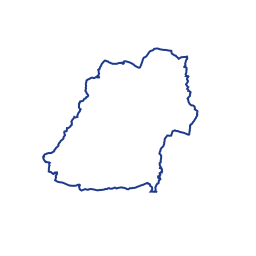 Moldovita, Suceava, Romania (Equal Earth projection), rotated 324°
{"feature_id": "2599482B16350059024550", "entity_name": "Moldovita", "entity_type": "district", "adm_level": 2, "iso_a3": "ROU", "parent_name": "Romania", "parent_adm1": "Suceava", "projection": "equal_earth", "projection_center": [25.472, 47.724], "detail": "fine", "context": "isolated", "style": "outline", "palette": "blue", "viewbox_px": 256, "rotation_deg": 324, "n_neighbors": 0, "source": "geoboundaries", "source_scale": "gbopen_adm2", "svg_char_len": 5791}
<svg xmlns="http://www.w3.org/2000/svg" viewBox="0 0 256 256"><g transform="rotate(324 128 128)"><path d="M113.3,196.2L113.5,196.1L113.2,195.2L113.4,194.8L113.9,194.4L115.3,192.1L115.6,191.8L116.3,191.6L117.9,190.6L119.2,190.3L119.9,190.6L120.4,190.5L121.3,189.6L121.7,189.0L122.2,188.6L124.0,188.4L123.8,187.8L124.2,187.9L124.3,187.2L124.2,186.9L124.8,186.5L124.7,186.2L123.8,186.2L123.3,185.8L123.6,185.2L124.1,184.8L125.0,185.1L125.9,185.1L126.3,184.8L126.6,184.9L126.9,184.7L127.1,184.2L126.7,183.9L127.0,183.1L128.3,183.3L128.8,183.1L129.3,183.7L129.6,183.3L130.2,183.1L130.7,181.8L131.2,181.4L131.0,180.8L131.3,180.3L130.8,179.6L130.3,179.2L130.5,179.0L131.6,178.8L131.7,177.1L132.2,176.3L132.4,175.7L132.6,175.3L133.0,175.0L134.1,175.1L134.5,174.9L134.6,174.7L134.8,174.1L137.5,171.4L137.8,170.8L138.5,170.1L138.7,168.8L138.3,167.3L138.6,167.0L139.6,166.1L140.9,165.5L141.1,165.1L141.7,164.5L143.6,163.7L144.2,163.8L146.3,163.3L147.1,162.6L147.6,162.4L148.0,162.1L148.7,160.9L149.5,160.5L151.5,158.3L155.4,157.2L157.3,158.9L158.3,159.3L158.5,159.5L162.1,156.9L164.6,157.5L165.0,158.4L166.8,160.2L167.6,161.7L168.2,162.3L168.7,163.0L169.5,163.7L170.6,165.1L172.7,168.6L173.3,169.2L173.8,169.1L175.3,167.4L176.6,166.4L176.9,165.6L177.9,164.9L178.4,164.1L178.8,163.8L179.1,163.1L179.6,162.9L179.7,162.4L180.3,162.2L180.8,162.2L181.0,162.0L181.8,162.2L182.7,162.1L183.8,161.5L185.8,161.1L187.2,160.3L188.7,159.9L189.4,159.3L190.9,158.8L191.8,158.2L191.8,157.5L192.1,157.2L192.4,156.8L193.5,155.9L194.1,155.2L193.5,153.4L193.0,152.1L193.8,151.4L194.0,150.6L194.3,150.3L194.4,149.6L194.1,148.7L193.8,147.9L192.6,146.9L192.0,144.6L192.1,144.3L192.4,142.3L193.5,140.1L193.4,139.9L193.6,139.7L193.5,139.2L194.3,138.9L196.8,138.5L198.0,137.2L198.5,136.9L198.7,136.3L199.4,136.1L199.7,135.7L199.1,133.7L198.8,133.5L199.0,133.4L199.1,132.6L198.9,131.4L199.0,131.3L198.9,131.1L200.7,130.4L200.5,130.1L200.5,128.9L200.6,126.8L203.6,125.8L203.8,125.3L204.2,125.1L204.3,124.0L204.2,123.5L204.9,122.6L207.1,121.9L207.1,121.3L206.1,121.1L206.0,120.7L205.8,120.5L206.1,120.5L206.0,119.7L206.1,118.5L207.8,117.4L209.3,115.5L210.0,115.0L210.2,114.3L210.7,113.7L210.7,113.2L210.3,112.8L210.2,112.4L209.7,112.1L209.4,111.6L210.1,111.3L211.3,111.1L211.5,110.9L211.9,109.7L213.6,108.4L214.3,107.7L215.7,106.9L216.1,107.0L216.5,106.8L216.7,106.6L216.6,106.4L216.7,106.1L217.6,105.4L217.7,104.9L216.9,104.7L213.3,102.4L212.3,102.0L209.7,101.8L209.6,99.9L209.1,98.9L209.2,97.7L208.2,96.3L207.9,95.2L207.6,94.8L207.3,93.9L207.3,93.1L208.4,91.0L206.9,89.7L204.3,86.9L202.9,85.9L200.4,83.4L199.5,82.3L199.0,81.4L198.0,80.6L195.8,79.4L195.3,79.4L194.2,79.8L191.2,78.9L190.0,79.0L185.3,80.7L184.1,80.8L182.0,80.4L180.6,81.1L178.3,82.9L173.8,85.8L172.9,86.0L172.5,85.8L172.1,85.5L170.9,83.3L170.2,81.7L169.7,79.6L168.9,77.8L167.8,75.8L165.3,72.6L164.4,72.0L163.8,71.8L162.6,72.2L162.8,73.0L162.7,73.2L162.2,73.3L161.7,73.2L161.7,72.2L161.4,71.6L160.7,71.6L160.5,71.4L160.4,71.0L158.9,70.1L156.7,69.5L153.3,67.0L151.5,64.2L151.0,63.2L150.9,62.4L150.0,61.5L149.6,60.5L148.7,59.8L144.6,60.7L142.5,61.9L141.2,62.4L139.6,63.6L138.6,63.3L138.1,63.4L137.9,64.4L136.7,66.3L136.5,67.1L135.4,67.8L134.0,67.9L133.6,68.1L134.3,69.0L134.5,69.9L134.4,70.0L134.0,69.6L133.4,69.5L132.8,68.9L132.7,68.1L130.9,67.9L129.9,67.7L129.5,67.4L129.1,66.6L127.6,65.7L125.6,65.6L124.4,65.2L123.6,65.3L122.6,65.1L122.1,65.4L121.0,66.7L120.2,67.0L119.3,68.3L118.8,69.5L117.4,70.6L117.3,71.4L115.4,72.8L115.6,73.2L115.3,74.4L115.2,75.2L114.9,75.6L115.1,77.8L114.8,78.5L113.6,78.9L112.5,78.5L111.2,79.2L109.7,78.7L107.8,79.6L106.2,79.1L105.1,78.4L104.7,78.4L104.3,78.9L102.9,79.3L102.9,79.8L102.1,80.2L102.0,80.5L100.3,82.6L100.4,83.7L100.4,84.5L100.6,85.0L99.3,85.5L99.2,85.9L98.0,86.4L97.2,86.5L95.3,87.5L94.4,88.1L93.7,89.3L91.7,88.6L91.1,88.0L91.0,87.5L89.6,88.3L88.0,88.6L85.9,89.6L85.9,90.4L85.4,90.8L85.2,91.3L84.9,91.6L84.7,92.1L84.4,92.4L83.0,92.4L82.7,92.8L81.4,93.0L79.5,92.9L78.6,92.2L76.8,94.2L76.4,94.5L75.9,94.3L75.5,93.9L74.7,93.5L74.4,93.5L73.5,94.5L72.9,96.7L72.5,97.0L71.1,97.2L70.4,97.6L69.9,98.4L68.7,98.8L65.9,98.9L64.5,99.6L63.6,99.6L61.8,100.5L61.7,101.1L61.3,101.4L60.9,101.6L60.2,101.6L59.0,101.8L58.3,101.7L57.4,102.2L57.0,102.2L55.3,102.7L54.9,103.2L54.3,103.2L54.0,103.4L52.1,103.1L51.7,103.2L51.2,103.2L48.7,101.4L47.9,101.3L47.5,101.0L46.1,100.9L45.5,100.5L44.9,100.5L43.7,100.8L43.2,101.9L42.3,101.6L41.5,103.3L41.3,104.6L41.4,105.5L41.2,106.0L41.7,106.8L41.4,106.9L41.4,107.2L43.9,109.4L44.3,110.2L43.2,110.6L42.6,111.5L42.5,112.2L41.6,112.7L40.9,113.6L40.0,114.4L39.0,115.9L38.3,116.6L39.0,117.7L39.7,118.3L40.0,119.6L40.2,120.0L40.4,121.1L40.8,121.5L41.9,121.1L42.5,121.0L43.2,121.4L42.9,121.7L43.6,122.2L44.3,122.3L44.0,123.0L43.2,123.6L41.7,124.1L41.1,124.6L40.9,125.3L40.8,125.6L38.3,127.5L39.5,130.1L40.1,131.0L42.0,132.7L43.1,133.9L46.8,140.1L49.7,142.6L52.0,144.1L53.8,144.4L55.1,145.0L55.5,145.6L55.4,146.1L53.9,146.6L53.0,149.1L53.1,149.9L53.7,151.3L57.0,152.1L57.7,152.5L58.4,153.6L59.3,154.4L59.9,154.7L60.7,154.7L61.5,155.2L62.8,156.1L66.7,160.5L68.1,161.3L69.1,161.6L69.6,162.3L71.4,163.1L71.6,163.3L72.5,163.8L73.9,164.0L74.9,165.0L75.6,165.1L76.4,165.1L76.8,165.2L77.5,165.7L77.8,166.5L78.5,167.1L79.9,167.9L82.2,168.4L82.8,169.1L83.0,169.6L83.0,170.0L83.3,170.2L85.3,170.9L87.7,172.1L88.3,172.7L88.6,173.2L89.6,174.0L91.0,176.1L91.1,176.7L92.2,177.7L93.3,177.9L94.1,177.8L95.3,178.7L97.5,179.8L98.1,180.3L99.5,180.8L100.2,180.8L103.4,181.8L104.6,182.0L107.1,182.9L109.0,183.2L111.5,183.9L111.7,184.5L111.6,185.1L112.4,185.8L112.6,186.4L112.5,187.0L112.0,187.6L111.9,187.8L112.5,189.3L112.5,190.1L112.3,190.8L111.4,191.9L110.4,192.4L109.0,192.8L110.1,193.6L111.0,194.4L111.1,194.5L111.6,194.7L111.6,194.9L111.8,195.1L112.2,195.2L113.3,196.2Z" fill="none" stroke="#1e3a8a" stroke-width="2"/></g></svg>